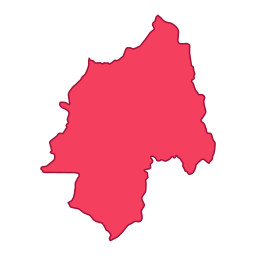 Ouaka, Mercator projection
{"feature_id": "CAF-809", "entity_name": "Ouaka", "entity_type": "Prefecture", "adm_level": 1, "iso_a3": "CAF", "parent_name": "Central African Republic", "parent_adm1": "", "projection": "mercator", "projection_center": [20.78, 6.114], "detail": "fine", "context": "isolated", "style": "filled", "palette": "rose", "viewbox_px": 256, "rotation_deg": 0, "n_neighbors": 0, "source": "natural_earth", "source_scale": "10m", "svg_char_len": 5696}
<svg xmlns="http://www.w3.org/2000/svg" viewBox="0 0 256 256"><path d="M110.4,240.6L110.1,240.3L109.4,238.8L109.7,237.5L110.4,236.3L110.9,235.3L110.4,233.8L109.2,232.2L107.9,230.9L106.7,230.4L106.1,229.9L104.6,226.5L103.2,224.3L102.1,223.2L101.0,222.7L99.5,222.5L96.2,221.4L94.9,220.7L93.5,219.6L90.3,215.6L89.0,214.8L84.3,213.0L82.1,211.4L80.4,210.0L78.5,208.8L72.3,207.5L70.5,206.9L69.8,205.9L69.5,204.8L68.2,202.8L68.3,202.7L69.8,201.7L70.4,201.4L71.4,200.9L72.3,199.8L73.5,197.6L74.7,192.7L74.8,190.6L74.9,189.6L75.3,188.4L75.3,183.8L75.6,182.5L75.9,181.7L76.5,180.7L77.4,178.6L77.8,178.0L78.4,177.3L78.7,176.8L79.0,176.1L79.2,175.2L79.3,174.1L78.0,173.2L74.4,172.6L44.5,172.4L43.2,172.0L42.5,170.6L42.1,170.0L41.6,169.6L41.2,169.2L40.9,168.7L41.0,168.2L41.5,167.4L42.2,167.0L42.9,166.8L46.2,166.3L47.1,165.8L53.7,160.5L54.4,159.2L54.8,157.7L54.8,155.4L54.4,154.5L53.9,153.9L51.1,153.0L50.7,152.8L50.5,152.6L50.5,152.3L50.6,151.9L51.4,151.0L51.6,150.8L51.6,150.4L51.5,149.5L49.8,143.0L49.7,142.1L50.8,140.8L56.7,136.1L57.6,135.1L57.9,134.3L58.1,134.1L58.3,133.9L58.6,133.7L59.0,133.5L59.4,133.4L59.8,133.3L60.3,133.2L60.7,133.3L61.9,133.6L62.6,133.6L63.0,133.3L63.4,132.9L64.4,131.2L65.3,129.9L65.9,128.8L66.2,128.4L66.6,128.1L66.9,127.7L66.9,127.3L66.3,126.0L66.2,125.4L66.6,124.5L67.9,123.2L68.3,122.6L68.3,122.0L67.5,120.6L67.3,119.7L67.6,118.3L68.8,114.9L69.1,113.4L68.8,112.1L67.8,110.7L66.2,109.5L65.2,108.9L63.0,108.1L62.2,107.6L61.5,107.1L60.9,106.5L60.4,105.9L60.0,105.3L59.9,104.7L59.8,104.3L60.1,102.5L62.3,102.2L65.2,102.5L66.5,103.1L68.4,104.3L69.0,104.5L69.4,104.5L69.5,104.3L69.7,103.8L69.6,103.0L68.4,95.0L68.6,93.3L69.2,91.9L72.7,87.2L73.5,86.4L75.7,84.6L79.0,81.3L79.8,80.7L80.4,80.1L81.1,79.1L81.7,77.7L82.6,76.6L84.5,75.0L85.4,73.9L86.2,72.4L88.2,67.3L88.7,65.0L88.7,61.1L89.2,58.4L89.5,58.5L89.6,58.8L89.7,59.2L89.7,59.7L90.1,60.0L91.3,60.5L92.8,60.8L93.9,61.3L94.4,62.2L95.1,62.9L96.8,63.0L98.5,62.8L99.7,62.9L100.2,62.7L101.8,63.6L102.8,63.9L103.2,63.6L103.7,63.1L104.4,62.8L105.2,63.2L105.6,63.1L107.9,62.9L108.3,63.1L108.4,63.5L108.6,63.8L109.1,63.9L109.6,63.9L110.8,63.4L112.6,62.0L114.3,60.7L115.0,60.3L115.4,60.3L116.9,60.7L118.5,60.0L122.9,56.5L123.6,55.5L123.9,54.4L125.8,49.3L126.6,48.2L127.4,47.8L129.9,47.8L130.6,48.0L132.2,48.6L133.0,48.8L133.9,48.9L134.2,48.9L134.4,48.7L135.0,48.4L140.0,46.1L140.8,45.2L141.2,44.8L144.1,41.0L145.2,39.8L150.1,32.8L150.9,32.0L153.5,29.9L153.8,29.7L154.0,29.3L154.2,28.8L154.1,28.1L153.9,27.5L152.8,25.6L152.6,25.0L152.7,24.0L153.0,23.1L153.9,22.2L154.5,21.7L155.0,21.1L155.3,20.5L155.8,18.3L156.2,17.2L156.5,16.6L157.9,15.4L160.9,17.9L163.0,20.2L164.6,21.4L166.0,22.1L170.9,23.2L172.5,24.0L174.2,25.2L175.9,26.7L176.9,27.9L177.6,28.9L178.1,30.0L178.3,30.6L178.5,31.6L178.5,32.8L177.8,40.3L177.9,41.3L178.4,42.6L179.2,43.3L180.2,43.7L184.0,43.8L184.6,43.7L185.3,43.6L186.1,43.5L187.1,43.6L188.6,44.3L189.4,45.0L189.7,46.0L189.5,52.8L191.4,65.2L191.8,65.9L193.1,66.8L193.4,67.5L193.6,70.2L194.7,73.8L194.7,74.3L194.5,74.8L194.3,75.1L194.0,75.4L193.8,75.8L193.8,76.3L194.1,77.1L194.1,77.8L194.1,78.3L193.9,78.7L193.6,79.1L192.2,80.0L191.8,80.4L191.6,80.8L191.7,81.5L192.0,82.1L192.5,82.6L193.1,83.4L195.1,89.2L195.6,90.4L196.3,91.3L196.8,91.8L197.5,92.6L198.0,93.7L198.3,94.2L198.7,94.6L199.2,94.6L201.5,94.7L202.3,94.8L203.2,95.2L204.2,96.2L204.5,96.9L204.7,97.6L204.6,98.2L203.8,100.7L203.7,101.3L204.1,104.9L205.6,110.6L205.7,112.1L205.2,113.4L204.5,114.8L201.6,119.0L201.1,120.0L201.1,121.0L201.5,121.7L203.4,123.1L204.4,124.3L204.9,125.4L205.5,127.7L206.1,128.9L206.3,130.0L206.6,132.2L207.2,132.9L208.0,133.2L209.2,133.2L210.3,133.4L211.1,133.9L211.6,134.8L212.7,139.0L213.3,140.1L214.9,142.6L215.1,143.7L214.7,149.4L213.9,153.3L212.7,156.1L212.3,158.8L212.0,159.5L211.4,160.2L209.9,161.7L209.1,163.1L208.6,163.1L207.8,162.6L205.1,160.3L203.9,159.5L203.1,159.2L202.4,159.3L201.6,159.6L199.1,161.6L196.1,164.7L195.4,168.2L193.4,172.3L191.1,173.9L190.1,174.1L189.4,174.2L188.8,174.1L188.3,173.7L187.2,171.9L186.9,171.6L185.2,171.0L184.6,169.6L184.3,168.8L182.9,166.4L182.8,165.8L182.8,165.4L182.9,165.0L183.1,164.5L183.1,163.7L182.9,163.0L182.6,162.4L181.5,161.0L180.7,159.5L180.0,158.6L179.4,158.1L178.4,157.6L177.8,157.0L176.9,155.7L176.5,155.5L176.2,155.6L176.0,155.9L175.6,156.8L175.2,157.3L174.8,157.7L174.2,157.9L173.8,157.7L172.9,156.7L172.5,156.5L172.2,156.5L171.8,156.8L171.3,157.2L169.9,158.9L169.4,159.3L166.9,160.6L166.2,160.9L165.1,161.1L164.3,160.9L162.0,159.8L161.5,159.7L161.0,159.8L160.8,159.9L160.5,160.3L160.2,160.5L159.7,160.7L159.0,160.8L157.9,160.8L157.3,160.6L156.8,160.2L155.8,158.3L155.3,157.7L154.6,157.2L153.6,156.6L152.9,156.3L152.3,156.2L151.8,156.2L151.3,156.4L151.0,156.7L150.9,157.2L150.9,157.8L151.1,158.4L151.5,158.9L152.2,159.8L152.5,160.2L152.7,160.6L152.7,161.1L152.6,161.6L152.4,162.1L152.1,162.6L150.6,164.0L150.4,164.3L150.3,164.7L150.3,165.1L150.6,166.9L150.6,167.4L150.5,167.9L150.2,168.2L149.8,168.5L149.2,168.8L145.7,169.5L144.9,169.8L144.4,170.0L144.4,170.4L144.5,170.8L144.6,171.1L144.9,171.4L145.1,171.6L145.3,171.7L146.4,172.1L146.8,172.3L147.2,172.6L147.4,173.0L147.5,173.4L147.4,174.9L147.5,175.4L147.9,177.0L147.9,177.3L147.7,177.6L146.5,178.7L146.0,179.4L145.7,180.4L146.0,184.8L145.7,190.7L145.3,192.0L144.7,193.2L142.9,195.5L142.4,196.5L142.0,197.4L141.8,198.4L141.9,199.2L142.2,200.2L144.0,203.9L144.2,204.7L144.3,205.4L144.1,206.0L143.6,206.9L142.0,209.3L141.5,210.3L141.4,211.3L141.4,212.5L142.1,216.5L142.1,217.7L141.9,218.9L141.3,220.3L140.4,221.1L139.4,221.6L138.4,221.7L137.6,221.6L136.1,221.3L135.2,221.3L134.1,221.8L131.4,223.5L128.4,224.9L127.5,225.7L122.4,232.1L118.4,236.1L116.9,237.2L110.4,240.6Z" fill="#f43f5e" stroke="#9f1239" stroke-width="1.5"/></svg>